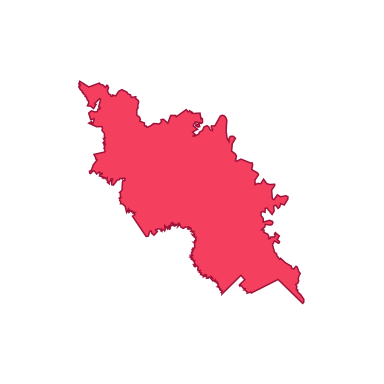 outline of Minatitlán, Veracruz, Mexico, rotated 336°
{"feature_id": "50627088B22697915736316", "entity_name": "Minatitlán", "entity_type": "district", "adm_level": 2, "iso_a3": "MEX", "parent_name": "Mexico", "parent_adm1": "Veracruz", "projection": "natural_earth1", "projection_center": [-94.427, 17.705], "detail": "fine", "context": "isolated", "style": "filled", "palette": "rose", "viewbox_px": 384, "rotation_deg": 336, "n_neighbors": 0, "source": "geoboundaries", "source_scale": "gbopen_adm2", "svg_char_len": 6096}
<svg xmlns="http://www.w3.org/2000/svg" viewBox="0 0 384 384"><g transform="rotate(336 192 192)"><path d="M112.8,127.1L109.1,131.1L106.7,131.4L106.3,133.3L106.8,133.9L110.4,132.5L111.6,133.8L112.2,136.8L115.5,136.1L115.6,137.6L117.6,138.2L117.3,139.0L114.8,138.6L114.0,139.7L116.5,141.7L116.0,142.5L116.9,142.7L116.7,143.4L118.3,143.3L118.2,144.6L120.3,144.4L119.0,147.0L119.6,148.8L118.8,149.0L119.7,150.7L120.1,149.2L122.3,148.5L123.4,147.1L124.8,147.8L122.2,150.6L121.7,152.9L123.0,153.7L128.4,150.8L130.8,151.1L131.9,150.2L133.8,151.8L134.3,151.2L136.4,152.4L135.1,154.3L133.8,153.4L132.4,154.8L128.8,161.9L125.6,163.0L126.1,163.8L124.8,166.8L125.1,167.9L123.1,168.0L123.6,168.8L122.5,170.3L122.9,172.2L121.9,173.6L123.6,174.4L125.1,177.9L124.0,183.8L125.0,182.9L125.5,184.3L126.3,182.7L126.7,184.2L127.4,182.2L128.0,184.5L128.9,184.3L128.8,185.5L130.5,185.6L129.5,186.0L130.6,186.8L129.8,187.4L131.3,187.7L130.3,188.1L130.5,189.5L127.8,189.9L132.0,214.0L134.1,214.5L137.3,210.9L138.8,210.9L138.5,213.4L139.7,216.0L144.2,214.1L143.2,212.0L143.4,211.7L143.9,212.6L145.5,211.7L149.0,213.5L147.8,214.8L148.4,215.6L148.6,214.9L150.1,214.8L151.2,215.3L151.3,216.3L153.4,214.2L152.5,213.1L153.4,211.5L154.4,213.6L156.2,214.3L154.8,214.8L154.6,215.8L157.0,215.1L155.9,217.3L157.7,216.0L157.2,213.6L158.1,213.5L159.2,215.1L159.0,213.5L161.0,211.7L161.9,212.5L161.1,213.3L162.3,213.9L160.8,214.5L162.3,216.1L163.2,216.1L162.5,215.4L163.3,214.8L163.9,215.7L167.1,215.3L165.1,217.7L167.7,216.7L167.6,219.7L169.4,221.8L171.2,221.3L174.3,222.3L174.8,222.6L173.0,223.9L173.9,224.6L176.1,223.4L175.1,224.8L176.3,224.8L175.8,226.8L176.2,227.3L175.9,228.0L175.0,227.6L175.2,228.1L177.5,228.8L176.4,229.5L177.3,231.1L176.1,232.0L174.9,231.0L175.4,232.8L176.7,232.7L175.9,234.2L177.4,235.2L176.3,236.1L176.1,237.8L175.0,238.3L175.4,239.1L174.7,237.7L173.9,238.7L174.8,239.7L173.0,238.7L173.5,239.7L171.8,244.1L170.1,243.8L170.5,245.2L169.8,244.2L169.4,245.3L168.2,244.2L169.0,246.0L168.6,246.8L167.0,246.8L166.7,249.2L165.1,249.1L166.3,250.3L163.8,250.6L165.4,252.0L164.1,252.4L164.1,253.3L164.8,254.1L165.5,253.1L165.2,255.1L167.1,256.0L165.5,256.0L165.5,259.2L164.2,258.9L164.9,260.0L163.8,260.2L163.8,260.8L164.6,261.7L166.6,261.1L167.0,263.6L165.7,264.8L165.5,266.3L167.5,267.1L166.0,268.2L167.0,269.0L166.4,270.5L167.5,270.3L167.0,271.4L168.4,273.5L167.9,274.2L169.8,274.1L169.6,272.8L170.7,272.7L171.4,273.8L170.3,274.5L171.1,275.3L170.1,276.6L172.0,277.4L173.2,276.5L174.3,278.1L175.0,276.9L175.9,279.0L174.1,278.9L174.9,281.7L176.0,281.4L176.2,282.7L177.7,282.0L177.2,284.3L178.4,284.5L177.8,285.5L178.8,286.6L177.6,287.7L178.0,289.3L176.8,289.1L178.0,290.4L177.8,292.5L178.6,292.3L178.3,293.5L179.5,294.5L177.8,295.6L178.4,296.6L177.9,297.4L202.8,288.0L204.6,293.6L197.4,296.2L197.5,297.6L198.9,297.1L199.7,300.9L201.2,302.0L199.7,302.6L200.7,303.1L201.7,306.1L201.2,306.8L205.1,307.4L205.1,308.4L235.1,306.9L247.8,338.8L249.2,338.2L250.5,335.6L249.5,329.7L248.1,327.0L248.0,325.6L248.8,324.7L247.7,323.5L249.3,321.0L249.2,318.6L251.3,318.5L253.4,316.5L253.6,314.7L255.4,312.3L257.8,310.4L257.2,308.3L257.6,303.2L256.8,302.2L253.5,303.7L252.1,302.1L252.5,300.2L248.4,294.4L246.0,288.6L244.8,289.2L243.6,284.9L244.1,282.6L242.9,280.8L244.0,273.0L247.5,270.2L250.0,273.9L250.9,274.0L251.8,273.0L250.5,270.0L253.9,267.7L251.6,263.0L250.1,264.1L250.4,265.3L249.3,266.6L245.6,265.2L244.4,266.3L243.7,265.5L242.6,266.4L244.1,263.9L244.1,261.5L241.3,258.1L242.3,256.1L240.2,254.8L244.2,253.6L245.8,251.4L250.5,254.3L251.9,254.2L253.5,252.9L253.5,251.5L251.3,249.4L244.8,248.4L246.3,245.4L245.5,241.4L246.9,238.6L248.8,238.6L250.5,240.3L252.2,236.7L253.9,237.1L256.0,245.1L259.3,242.8L260.9,238.0L263.2,238.2L263.9,242.0L265.9,241.4L268.3,238.7L271.0,241.4L276.7,237.4L277.7,235.4L276.4,233.7L270.9,232.3L268.8,229.3L263.8,232.3L263.0,231.7L262.9,230.1L265.5,222.7L270.4,219.5L270.6,218.5L266.0,216.8L263.6,214.6L262.6,209.4L258.2,212.4L255.6,210.9L252.7,211.0L254.3,206.7L259.8,203.3L259.7,201.3L255.7,195.8L258.5,191.8L258.8,189.9L257.2,189.2L250.1,181.9L245.4,182.0L244.4,181.3L247.3,177.1L246.9,174.4L244.8,170.8L248.4,164.3L253.5,160.7L252.5,158.0L250.0,156.8L248.3,157.4L246.3,160.9L245.9,157.2L247.9,150.3L253.0,140.5L253.1,137.3L252.4,135.5L250.7,134.1L248.7,134.2L239.8,140.9L236.7,139.5L235.9,140.4L236.2,143.2L235.4,144.2L234.0,142.7L233.7,139.2L232.6,137.5L229.3,137.5L226.7,140.0L223.1,140.4L221.8,141.8L217.4,142.1L216.0,141.3L218.3,140.8L216.9,137.4L222.6,137.0L220.1,132.2L220.5,131.5L223.4,129.4L225.7,130.6L226.1,131.5L225.5,132.3L224.1,132.8L223.4,131.5L222.4,132.8L224.0,135.2L225.7,135.4L225.8,133.5L227.6,131.9L228.4,133.2L229.9,132.8L231.3,129.5L230.7,128.3L230.0,128.6L231.4,123.2L225.0,120.7L224.4,118.9L223.8,119.6L222.9,116.8L221.2,117.4L220.2,114.4L208.1,116.9L208.2,115.4L203.7,113.4L197.9,119.3L195.6,114.1L194.3,113.5L193.0,113.4L192.9,115.2L190.0,116.6L184.8,113.8L181.0,114.8L177.0,114.6L177.1,113.2L175.6,112.2L176.6,109.6L173.1,106.0L174.3,104.8L174.5,102.4L172.9,99.2L175.0,94.4L176.9,93.3L177.8,90.6L179.9,88.1L180.1,86.5L178.6,83.8L179.4,82.1L175.1,80.9L175.3,78.2L173.4,76.4L173.2,74.3L169.6,70.0L166.0,70.2L161.3,73.2L159.1,71.1L158.1,72.1L157.0,71.7L157.2,70.1L155.8,68.6L155.9,65.1L158.2,62.8L158.2,60.4L157.4,59.8L155.6,61.4L154.0,57.8L151.9,56.3L151.7,54.8L140.5,54.1L134.5,45.2L132.6,47.2L132.6,48.3L133.4,48.1L133.2,49.4L132.5,49.8L132.5,49.0L131.3,49.9L131.7,53.5L132.6,54.5L132.3,56.0L133.1,56.9L132.6,57.5L133.9,60.6L133.2,61.3L134.2,62.5L133.8,65.3L134.4,66.4L133.9,68.6L131.5,70.7L134.3,72.4L136.0,75.8L139.8,73.1L139.0,72.9L139.0,71.7L145.4,69.1L146.3,70.0L141.3,76.3L142.4,77.4L142.1,78.5L139.9,78.0L138.2,80.1L135.7,79.3L133.1,76.9L129.7,77.9L128.9,84.8L132.4,85.1L132.2,85.9L129.5,89.0L128.6,88.8L128.8,86.8L125.7,87.2L131.4,93.6L136.2,95.5L135.9,97.8L134.8,99.1L135.8,103.0L134.5,105.6L134.7,107.5L132.8,107.0L133.1,110.1L130.8,110.8L130.9,112.3L132.2,111.4L132.3,113.3L130.6,114.1L130.5,115.8L129.4,116.1L129.4,119.2L128.4,119.9L117.7,117.8L118.0,122.0L117.5,122.5L118.4,124.1L112.8,127.1Z" fill="#f43f5e" stroke="#9f1239" stroke-width="1.5"/></g></svg>